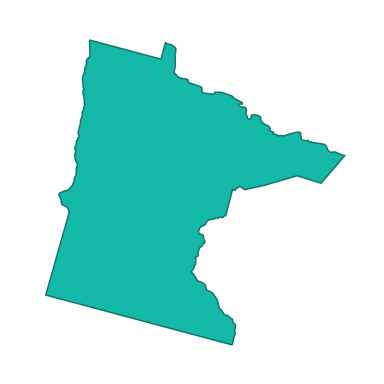 map outline of Minnesota (Equal Earth projection), rotated 15°
{"feature_id": "USA-3514", "entity_name": "Minnesota", "entity_type": "State", "adm_level": 1, "iso_a3": "USA", "parent_name": "United States of America", "parent_adm1": "", "projection": "equal_earth", "projection_center": [-93.694, 46.435], "detail": "fine", "context": "isolated", "style": "filled", "palette": "teal", "viewbox_px": 384, "rotation_deg": 15, "n_neighbors": 0, "source": "natural_earth", "source_scale": "10m", "svg_char_len": 5847}
<svg xmlns="http://www.w3.org/2000/svg" viewBox="0 0 384 384"><g transform="rotate(15 192 192)"><path d="M54.0,71.7L126.9,71.7L127.2,71.6L127.5,71.3L127.6,70.8L127.7,54.6L129.7,55.3L134.0,55.2L136.0,55.7L138.4,56.9L139.1,57.4L139.5,58.1L139.7,59.9L140.0,61.0L140.2,61.8L140.0,63.8L140.3,64.7L140.7,65.6L143.5,75.3L143.4,78.5L143.4,79.4L143.5,80.1L143.8,80.9L144.2,81.4L147.6,83.8L150.3,84.8L151.7,85.0L157.7,84.4L158.3,84.5L158.7,84.6L159.0,84.9L159.3,85.1L159.6,85.5L159.7,85.8L159.8,87.0L160.5,87.2L173.2,88.0L174.6,88.8L175.6,92.2L176.7,93.3L177.4,93.4L182.5,92.8L183.0,93.0L184.2,92.4L186.9,92.2L188.0,91.6L188.3,90.9L188.3,90.2L188.3,89.7L189.6,89.4L190.7,88.9L195.3,88.2L205.2,88.8L206.0,89.1L208.6,90.5L214.3,92.0L217.0,92.5L217.7,93.3L217.8,94.1L217.1,94.3L215.5,94.6L214.8,95.0L214.5,96.0L215.1,96.7L216.0,96.8L216.7,97.0L219.8,96.6L221.4,96.7L222.7,97.2L223.3,98.3L223.5,99.0L223.6,100.9L223.7,102.0L224.1,102.8L225.3,104.2L226.6,106.4L227.0,106.9L227.7,106.9L228.6,106.6L229.4,106.1L229.9,105.7L229.8,104.7L229.5,103.8L229.4,102.8L230.2,101.9L231.0,101.5L234.7,101.0L237.7,101.2L238.7,101.8L239.2,102.7L239.5,103.9L240.0,105.1L240.6,105.7L241.2,106.3L241.8,106.6L245.6,108.1L248.8,108.5L249.5,108.9L250.1,109.4L251.3,110.8L250.5,112.0L251.4,112.6L254.0,113.0L254.8,113.0L255.1,113.1L255.4,113.4L255.5,113.9L255.3,114.3L255.2,114.7L255.6,114.9L258.8,114.7L259.6,114.9L260.3,115.3L260.9,115.4L263.1,114.5L266.3,114.1L267.7,113.3L268.9,112.2L273.6,109.3L275.1,108.6L275.8,108.2L278.9,106.7L280.6,106.4L281.8,107.0L281.9,107.4L281.5,108.0L281.5,108.4L281.8,109.0L282.1,109.2L282.5,109.4L282.9,109.7L283.2,110.4L283.5,111.7L283.9,112.5L285.2,113.3L286.9,113.2L290.1,112.4L291.0,112.3L291.5,112.6L291.9,113.0L292.6,113.3L293.0,113.2L294.1,112.8L294.5,112.7L294.7,112.8L294.9,112.9L295.2,113.0L305.6,111.8L307.7,111.8L309.4,112.5L309.9,112.9L311.8,115.8L312.3,116.3L312.8,116.7L315.0,117.7L315.6,117.8L319.2,116.5L320.0,116.3L320.6,116.3L321.2,116.5L322.0,116.9L322.4,117.0L323.6,116.7L324.4,116.8L326.7,117.3L330.1,117.4L314.4,150.1L289.3,149.1L260.1,166.9L242.3,176.1L237.0,174.2L236.5,174.4L235.9,174.8L235.6,175.2L235.3,176.0L235.2,176.2L235.0,176.3L234.4,176.5L234.2,176.6L233.9,176.9L233.8,177.1L233.7,177.4L233.5,178.6L233.4,178.9L233.2,179.1L232.5,179.3L231.9,179.4L231.3,179.3L230.6,179.1L230.5,179.3L230.7,206.3L230.0,206.4L229.5,206.7L229.0,207.3L228.6,207.9L228.5,208.5L228.1,208.9L227.3,208.9L226.4,208.7L225.7,208.7L225.2,209.1L224.4,210.3L223.9,210.6L222.4,210.6L222.0,210.7L221.4,211.2L221.3,211.4L220.9,212.0L220.7,212.2L220.4,212.4L219.5,212.5L217.5,213.7L216.9,213.8L215.7,214.3L214.7,215.5L213.3,218.0L213.5,219.4L212.5,220.8L209.3,223.6L209.0,224.2L208.8,225.0L208.6,228.5L209.3,230.2L210.9,230.5L212.7,230.5L214.1,231.0L214.5,231.7L215.1,233.5L215.4,234.2L216.0,235.0L216.7,235.6L217.2,236.4L217.4,237.3L217.2,238.1L216.2,239.8L215.7,241.7L215.3,242.3L214.7,242.7L214.2,243.3L213.9,244.1L213.7,244.9L213.7,247.1L213.5,248.1L213.4,248.6L213.6,248.9L214.2,250.4L214.3,251.5L214.1,252.5L213.6,253.1L212.9,253.4L212.4,253.8L212.6,254.9L213.5,257.0L213.8,259.0L214.0,261.1L213.9,261.4L213.4,262.2L213.3,262.7L213.5,264.2L213.5,264.8L213.3,266.1L211.8,269.1L212.8,269.9L215.1,271.3L217.7,273.7L218.3,274.1L218.5,274.5L218.7,275.0L218.9,275.3L220.5,276.2L226.2,277.1L227.5,277.6L228.8,278.5L229.8,279.8L230.8,281.8L231.1,282.4L231.5,282.8L232.0,283.0L236.3,283.7L238.3,284.4L243.9,289.2L245.4,291.5L248.2,296.6L248.9,297.5L250.4,298.1L254.7,301.8L255.1,302.0L255.6,302.2L259.2,302.2L259.4,302.3L261.5,303.9L261.8,304.0L262.1,304.1L263.4,304.2L263.9,304.4L264.1,304.7L264.3,304.9L264.4,305.6L264.7,306.3L265.6,307.3L265.9,308.0L267.5,308.5L268.0,308.8L268.3,309.2L268.6,309.7L268.7,310.2L268.9,311.4L269.0,312.5L268.9,313.9L268.9,314.3L269.0,314.7L269.2,315.1L269.4,315.5L269.9,316.1L270.1,316.4L270.2,316.9L270.4,317.8L270.4,318.7L270.0,321.3L270.0,321.8L270.3,323.1L270.3,323.6L270.2,325.1L270.2,325.7L270.4,327.0L270.5,327.6L270.4,328.2L270.2,329.3L77.4,329.4L78.7,243.4L77.3,241.0L77.0,240.7L76.1,240.0L75.7,239.6L74.7,238.8L73.1,238.4L70.2,238.1L69.5,237.5L68.7,236.1L67.4,233.2L66.7,232.1L64.9,230.2L64.0,229.0L64.2,228.0L64.6,227.0L64.9,226.8L66.6,225.6L67.5,224.7L67.9,224.4L70.6,223.0L71.5,222.3L71.9,221.9L72.3,221.4L73.5,219.0L74.2,217.8L74.5,217.0L74.9,214.1L75.0,213.9L75.5,213.0L74.8,209.4L74.8,208.3L75.3,207.3L75.5,206.0L75.6,205.4L75.3,203.6L75.2,203.4L75.2,202.8L75.3,202.5L75.3,202.2L74.5,200.9L74.4,200.5L74.2,200.0L74.2,199.0L74.3,196.0L74.1,195.0L73.6,194.2L72.4,192.9L70.3,189.9L70.1,189.3L70.0,188.9L70.0,188.5L70.0,188.1L69.8,187.7L69.2,187.1L69.0,186.8L69.3,185.9L69.2,184.9L69.1,183.1L68.8,182.2L67.7,180.7L67.4,180.1L67.3,179.1L67.8,177.5L67.9,176.4L67.8,175.4L67.3,173.7L67.2,173.0L67.3,172.6L67.7,171.8L67.8,171.5L67.8,170.9L67.8,169.4L67.9,168.9L68.5,168.3L68.7,167.5L68.8,167.3L68.9,167.1L68.7,166.8L68.5,166.6L68.1,166.5L67.7,166.3L67.3,166.1L67.1,166.0L67.3,166.0L67.3,165.7L67.1,165.1L66.7,164.3L66.5,163.9L66.5,163.3L66.8,160.2L66.7,159.3L66.3,157.4L66.3,156.9L66.4,156.4L66.5,156.0L66.6,155.7L66.5,154.7L66.0,152.4L65.9,151.4L66.3,145.5L66.1,145.0L65.8,144.6L65.3,144.1L65.4,143.1L66.0,140.7L66.0,140.1L65.7,139.3L65.6,138.5L65.7,137.5L65.7,136.4L66.0,135.8L66.0,135.5L65.8,135.3L65.2,134.8L64.8,133.6L64.7,131.9L64.3,131.1L63.8,130.4L63.4,129.5L62.9,127.8L62.7,127.3L61.9,126.3L61.7,126.1L61.5,125.9L61.3,125.8L61.3,125.6L61.5,125.3L61.5,125.0L60.6,122.8L60.5,121.7L61.1,120.6L59.9,119.3L59.3,117.8L58.9,116.1L57.4,112.7L56.9,111.0L56.7,109.3L56.7,107.4L57.3,104.2L57.1,103.5L56.9,102.8L56.3,99.8L56.5,99.3L56.9,98.5L57.1,98.0L57.2,97.5L57.0,96.7L56.8,95.3L56.0,92.6L56.4,90.7L57.4,89.0L58.2,87.3L57.9,85.1L57.1,83.5L56.8,82.8L56.6,81.0L55.6,78.6L55.4,77.0L55.2,76.6L55.0,76.2L54.8,75.8L54.5,74.3L54.2,73.5L53.9,72.8L54.0,71.7Z" fill="#14b8a6" stroke="#0f766e" stroke-width="1.5"/></g></svg>